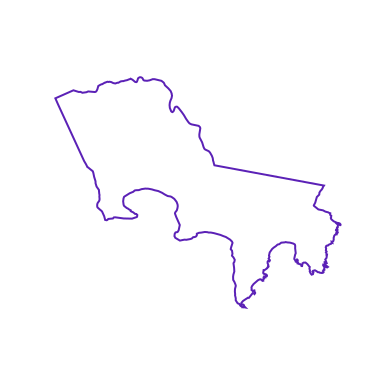 outline of Savannes, Saint Lucia, rotated 11°
{"feature_id": "8701671B93850487776066", "entity_name": "Savannes", "entity_type": "district", "adm_level": 2, "iso_a3": "LCA", "parent_name": "Saint Lucia", "parent_adm1": "", "projection": "robinson", "projection_center": [-60.919, 13.77], "detail": "fine", "context": "isolated", "style": "outline", "palette": "violet", "viewbox_px": 384, "rotation_deg": 11, "n_neighbors": 0, "source": "geoboundaries", "source_scale": "gbopen_adm2", "svg_char_len": 6063}
<svg xmlns="http://www.w3.org/2000/svg" viewBox="0 0 384 384"><g transform="rotate(11 192 192)"><path d="M112.1,236.0L113.7,236.0L114.3,235.5L115.0,234.4L119.4,233.1L120.1,231.9L121.4,231.5L130.0,231.0L138.2,229.6L142.6,227.1L142.8,226.4L142.7,225.0L141.5,224.2L140.4,224.4L138.2,223.2L136.0,222.7L135.4,222.4L135.4,221.7L133.0,220.9L132.1,220.4L131.0,220.2L128.0,218.6L127.3,217.6L126.2,214.3L126.0,211.3L126.3,209.6L131.1,205.1L134.3,203.0L135.4,201.5L136.5,201.0L139.4,200.3L142.0,198.8L145.4,197.6L148.5,197.1L152.2,197.1L155.0,197.4L158.7,197.5L162.8,198.5L165.6,199.6L168.9,200.6L171.9,200.5L173.0,200.8L175.9,202.1L177.6,203.6L178.8,204.7L180.2,207.0L180.7,208.6L180.8,210.6L180.6,212.9L179.4,215.3L179.4,216.4L181.2,219.4L186.3,226.7L186.2,232.1L185.6,233.8L185.2,234.2L184.2,234.5L183.5,234.9L183.0,236.4L183.2,238.7L184.4,240.2L189.4,242.0L193.7,240.2L195.5,240.0L199.1,238.6L200.6,237.8L201.8,236.1L203.3,235.7L204.6,234.7L205.0,233.4L204.7,232.0L206.7,230.7L208.8,230.1L212.2,228.8L214.6,228.5L216.1,228.6L218.4,228.2L221.5,228.2L228.1,228.7L231.1,229.3L233.8,229.7L238.5,231.5L240.7,233.0L241.5,234.2L241.0,238.5L240.9,240.7L242.5,242.0L243.5,244.9L243.4,246.9L245.2,248.3L246.9,250.4L246.9,252.5L246.4,253.6L246.4,254.3L247.8,258.4L248.7,262.0L248.4,265.1L248.5,267.3L249.2,270.4L250.8,272.2L252.3,274.5L252.9,275.8L252.7,279.0L253.1,281.6L253.9,284.2L253.9,285.0L255.2,287.9L255.6,290.0L258.0,292.5L259.9,292.9L261.0,294.2L261.8,294.7L262.6,294.6L263.3,295.6L264.3,295.2L264.7,295.4L265.6,295.0L265.9,295.2L266.5,295.2L264.8,294.0L264.7,293.4L264.3,293.0L263.5,292.7L262.8,293.0L261.8,292.5L261.7,291.3L262.9,289.2L265.0,287.1L267.1,285.1L267.5,285.2L268.1,285.0L270.9,279.6L271.8,279.6L272.8,280.3L273.3,279.2L273.2,278.8L272.7,278.4L272.0,276.7L271.3,277.0L270.9,277.5L270.4,277.6L270.1,277.3L269.1,276.8L269.1,275.8L268.6,274.5L268.8,273.1L270.0,270.6L273.6,266.0L275.2,264.8L276.2,264.6L276.5,264.9L277.3,265.1L278.1,265.8L278.9,265.5L278.6,264.5L278.7,263.5L279.4,263.2L279.4,262.6L278.6,262.5L278.5,262.1L278.9,261.6L278.9,261.1L279.7,260.9L279.7,261.1L280.4,261.4L280.4,260.7L281.4,260.5L281.6,260.1L281.5,259.5L280.6,258.8L279.9,258.8L279.0,258.5L278.5,258.7L277.6,258.3L277.3,257.7L277.2,255.0L277.9,255.0L279.7,253.2L279.9,252.8L280.4,252.5L280.4,251.8L281.1,251.2L281.4,250.6L281.3,250.2L280.7,250.0L280.7,248.8L279.8,247.5L279.5,246.1L279.9,245.1L281.2,245.3L281.5,244.1L279.9,242.7L280.3,241.5L280.3,240.5L279.8,240.1L279.7,239.7L279.8,236.5L281.5,232.7L282.8,231.0L284.6,229.2L286.0,227.3L287.6,226.6L289.3,224.7L292.8,223.7L293.4,223.3L295.3,223.3L297.9,223.0L301.4,223.3L303.0,223.9L303.6,225.2L304.0,227.6L305.5,232.3L305.2,233.9L305.1,237.8L305.3,238.4L306.0,239.0L306.8,240.0L307.1,240.6L307.4,240.6L307.7,238.9L308.0,238.2L308.8,238.7L309.0,239.4L308.6,241.0L309.2,242.0L309.6,241.9L309.9,241.5L310.6,242.2L311.4,242.3L312.1,242.2L313.2,243.0L313.6,243.8L314.2,243.7L314.2,242.2L314.1,240.9L315.1,240.0L316.9,239.6L319.1,240.8L321.1,242.6L321.9,243.1L321.9,244.8L322.8,246.7L322.7,247.5L324.0,249.3L325.2,250.3L326.4,249.6L326.4,248.8L326.6,247.9L326.3,247.3L325.8,247.5L325.4,247.1L325.8,246.3L327.6,245.4L329.2,245.9L330.9,246.7L332.0,246.5L332.6,246.8L334.3,246.8L335.1,246.7L336.1,246.2L336.5,245.6L336.2,244.9L335.6,244.6L335.8,244.2L336.1,243.1L336.8,243.1L336.8,242.8L336.5,242.2L336.5,240.9L334.7,238.9L334.7,238.1L335.4,238.0L336.0,238.2L337.0,239.4L338.1,240.1L339.0,240.3L339.7,239.6L338.3,238.9L337.2,238.1L335.5,235.6L335.9,235.3L336.7,235.6L337.3,236.1L337.7,236.0L335.7,232.8L336.6,231.1L336.5,228.0L336.2,228.1L336.2,227.6L335.9,227.6L335.4,225.9L335.0,225.6L335.5,224.8L334.5,223.7L334.5,222.0L333.8,220.7L334.0,220.1L334.1,219.3L334.8,218.8L335.2,218.8L335.9,218.4L335.9,218.1L336.6,217.4L338.4,216.3L338.6,215.3L339.4,215.3L338.6,214.1L338.9,214.1L340.0,213.5L340.2,211.7L339.8,210.0L340.0,207.7L340.6,206.7L341.1,206.2L342.1,206.0L342.1,205.6L341.4,205.4L341.4,204.5L341.5,204.3L342.2,204.7L342.5,204.7L342.8,203.8L340.6,202.1L340.6,201.4L340.9,201.2L342.1,201.9L342.0,201.0L341.1,199.5L341.2,199.0L341.8,198.7L341.5,196.3L340.5,195.7L341.3,195.5L342.3,195.6L343.6,196.3L344.0,196.2L344.0,195.5L343.2,194.8L342.0,194.5L340.3,194.6L336.6,193.7L334.0,192.2L333.2,191.0L333.4,190.5L333.2,188.7L332.4,188.5L331.8,187.5L331.8,186.5L330.4,186.3L329.7,186.0L326.6,185.8L324.1,185.0L319.4,185.0L314.3,182.3L314.1,181.9L315.0,179.0L315.5,173.1L317.4,170.3L317.2,168.2L318.1,166.0L318.7,165.2L319.4,163.6L319.6,162.2L320.3,160.5L208.9,161.5L208.1,160.0L207.3,158.2L206.7,157.2L205.9,154.8L204.6,152.7L202.3,150.0L201.2,149.1L200.5,148.7L196.9,147.8L195.9,147.2L194.8,145.7L192.5,141.4L189.1,137.1L188.6,135.9L188.2,134.0L188.0,127.9L187.6,127.0L187.3,126.7L185.9,125.8L178.5,125.7L176.4,125.1L175.0,124.0L172.2,121.3L169.4,118.1L166.8,115.6L163.0,112.3L161.3,111.2L160.9,111.1L160.1,111.3L159.5,111.7L159.2,112.0L159.0,112.5L158.6,115.8L158.1,116.7L157.6,117.3L157.2,117.3L156.2,116.8L154.2,113.7L153.4,111.0L153.2,108.7L153.4,106.4L154.0,103.8L154.0,102.2L154.0,101.2L153.3,99.6L153.3,99.3L151.8,97.0L149.0,94.8L145.1,92.4L143.8,90.5L143.3,90.0L140.8,88.7L133.9,88.4L132.0,88.7L129.0,90.5L126.7,91.4L123.9,91.7L123.0,91.4L121.7,89.8L121.3,89.5L120.4,89.2L119.1,89.2L118.3,89.7L117.5,90.5L117.3,91.2L117.2,92.5L116.9,94.2L116.7,94.5L116.3,94.8L115.2,94.8L112.1,93.1L110.1,92.5L109.7,93.0L109.1,93.2L106.9,94.6L104.8,95.5L103.4,96.3L102.3,96.5L100.8,97.1L98.9,98.8L97.9,99.0L96.0,100.1L93.9,100.1L91.8,99.5L90.0,99.5L89.1,99.9L88.0,99.9L86.7,100.6L86.2,101.1L85.5,101.3L83.3,103.3L82.8,103.4L81.5,104.3L79.8,105.8L79.5,109.3L79.0,111.1L78.4,112.0L77.6,112.4L70.9,113.1L69.3,114.2L65.5,115.5L63.5,115.0L61.6,115.4L56.2,114.8L40.0,126.1L43.6,131.3L80.2,182.2L82.6,184.9L84.6,187.5L84.9,187.5L90.7,190.6L91.5,192.1L93.1,195.9L95.2,199.8L95.7,201.9L97.3,204.9L100.2,207.7L101.3,211.5L101.8,212.6L101.9,214.0L102.6,216.5L102.7,217.5L102.5,218.7L101.6,220.5L101.3,222.0L101.6,223.9L102.0,224.9L102.4,225.3L105.4,227.1L106.6,227.7L107.5,228.4L110.4,232.5L112.1,236.0Z" fill="none" stroke="#5b21b6" stroke-width="2"/></g></svg>